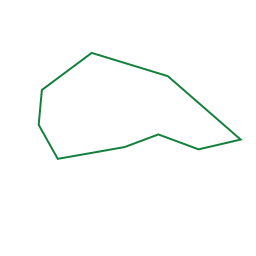 the Special Municipality of St. Eustatius, rotated 135°
{"feature_id": "NLD-5148", "entity_name": "St. Eustatius", "entity_type": "Special Municipality", "adm_level": 1, "iso_a3": "NLD", "parent_name": "Netherlands", "parent_adm1": "", "projection": "albers", "projection_center": [-62.975, 17.495], "detail": "fine", "context": "isolated", "style": "outline", "palette": "green", "viewbox_px": 256, "rotation_deg": 135, "n_neighbors": 0, "source": "natural_earth", "source_scale": "10m", "svg_char_len": 279}
<svg xmlns="http://www.w3.org/2000/svg" viewBox="0 0 256 256"><g transform="rotate(135 128 128)"><path d="M56.5,40.2L93.2,63.0L111.1,102.0L144.0,117.0L199.5,155.9L188.9,193.4L162.0,215.8L100.6,206.8L63.2,136.5L56.5,40.2Z" fill="none" stroke="#15803d" stroke-width="2"/></g></svg>